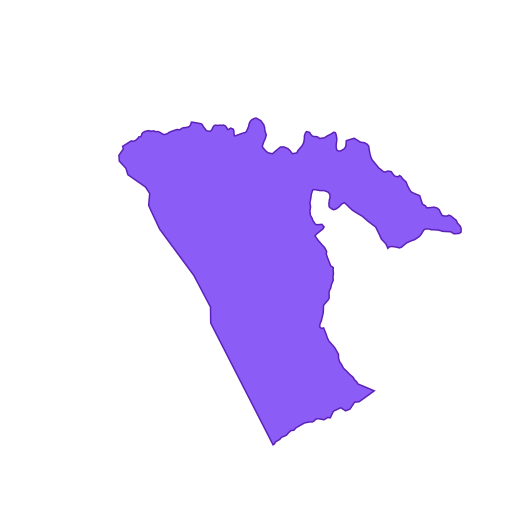 outline of San Pedro Yaneri, Oaxaca, Mexico, rotated 211°
{"feature_id": "50627088B33343665113881", "entity_name": "San Pedro Yaneri", "entity_type": "district", "adm_level": 2, "iso_a3": "MEX", "parent_name": "Mexico", "parent_adm1": "Oaxaca", "projection": "robinson", "projection_center": [-96.382, 17.426], "detail": "fine", "context": "isolated", "style": "filled", "palette": "violet", "viewbox_px": 512, "rotation_deg": 211, "n_neighbors": 0, "source": "geoboundaries", "source_scale": "gbopen_adm2", "svg_char_len": 4431}
<svg xmlns="http://www.w3.org/2000/svg" viewBox="0 0 512 512"><g transform="rotate(211 256 256)"><path d="M144.1,102.9L143.3,104.8L143.7,106.2L141.2,111.1L140.7,113.8L137.7,117.9L137.0,121.6L136.1,124.4L133.8,126.1L133.3,129.2L128.6,137.7L124.6,141.4L122.2,142.8L121.0,145.0L120.9,146.6L119.1,148.5L113.3,150.7L111.4,154.5L109.0,155.5L109.7,162.8L105.2,169.6L99.5,169.4L96.6,173.1L96.2,181.5L92.6,184.1L85.2,201.3L102.9,198.8L105.0,200.1L107.5,200.5L110.4,202.1L114.8,202.8L118.8,203.9L123.3,204.9L127.0,207.2L129.5,208.2L132.4,210.7L134.7,214.2L138.5,216.4L141.4,218.0L145.9,219.5L149.7,220.6L153.1,222.9L155.7,225.2L161.0,229.2L162.4,227.7L164.9,228.0L166.1,230.6L166.7,234.4L169.2,242.2L171.2,245.8L172.7,248.6L172.0,253.0L171.5,255.2L171.6,257.6L173.5,260.7L174.5,262.0L175.3,264.5L175.4,266.8L176.7,270.7L177.3,275.0L179.3,277.8L180.5,280.8L182.8,283.9L183.8,285.9L187.0,286.1L191.5,289.6L194.1,291.6L196.8,293.9L197.7,296.2L201.6,298.6L204.8,299.5L210.8,301.4L213.2,302.5L215.8,303.6L215.4,306.1L214.2,309.3L212.6,313.6L212.6,316.0L215.8,317.1L218.0,315.5L220.2,314.0L221.7,313.9L225.6,315.7L227.3,317.2L230.4,319.0L233.0,322.5L234.5,326.2L237.2,329.4L238.7,333.6L240.3,337.2L241.5,341.8L239.5,343.4L237.8,343.9L234.7,345.1L232.9,346.2L231.2,347.2L226.9,347.9L224.3,346.7L222.7,344.3L222.3,342.6L220.5,338.4L218.7,335.9L216.0,335.4L213.5,335.5L211.7,337.3L210.2,340.7L209.3,344.7L207.8,347.2L204.8,346.7L201.3,345.8L197.0,344.9L190.8,344.8L185.1,344.8L178.2,343.5L168.4,342.5L160.4,337.3L157.3,335.1L150.9,333.3L146.9,330.5L146.3,332.7L144.3,334.2L141.6,335.4L139.1,336.3L137.4,336.7L135.9,338.3L134.4,342.7L133.6,344.8L132.2,346.9L130.6,349.2L128.5,351.6L127.3,354.1L126.2,356.4L125.6,359.5L125.6,364.6L124.7,366.4L122.0,368.1L119.2,368.8L117.1,370.1L113.3,372.0L111.1,372.7L108.6,373.3L105.6,374.9L103.4,376.1L101.3,377.1L98.0,376.9L96.1,378.1L93.6,379.9L92.5,381.8L93.3,383.5L94.5,385.4L96.4,386.8L100.4,388.0L102.6,389.7L104.2,389.9L109.7,390.7L111.9,390.2L112.8,388.6L115.0,387.4L117.3,386.6L121.2,388.9L122.7,390.0L125.4,390.4L128.7,389.5L131.5,387.3L134.4,385.2L136.6,386.3L140.0,386.2L146.7,392.0L148.9,391.8L151.0,391.3L154.1,391.0L156.3,390.9L159.6,392.6L162.5,394.4L165.5,396.8L168.2,397.3L170.6,397.9L172.3,398.8L174.4,398.9L174.9,397.1L178.2,395.9L181.0,396.8L183.6,398.0L186.8,396.7L188.4,394.5L190.4,393.9L193.2,394.4L196.1,394.7L206.4,398.4L208.4,399.9L211.1,402.4L213.3,405.0L216.0,408.2L218.3,409.1L221.3,409.0L225.0,407.4L232.5,407.5L238.0,401.4L235.5,396.3L235.5,393.5L236.8,391.0L238.0,389.2L239.7,388.4L241.4,388.5L243.1,390.3L244.5,392.5L246.0,396.0L247.2,398.3L249.9,401.4L251.6,402.6L253.3,402.0L254.3,399.5L256.7,395.8L258.5,392.1L260.2,391.1L261.9,389.5L264.1,389.8L265.6,389.5L267.6,388.4L269.3,387.8L272.0,388.6L273.6,389.6L276.8,388.7L277.0,387.0L276.4,383.9L275.4,382.2L274.3,379.9L273.4,377.0L273.3,374.2L273.8,371.1L274.4,367.7L274.0,365.5L277.3,362.6L278.8,362.8L280.5,363.7L283.9,364.5L288.2,363.9L291.2,362.0L294.7,351.9L296.9,351.4L298.5,350.7L301.9,351.1L304.2,351.9L306.8,352.8L307.4,354.5L308.2,358.2L308.5,361.4L309.6,365.2L311.7,366.9L313.4,368.6L315.0,370.8L317.2,372.7L319.8,373.7L321.5,374.5L325.0,374.4L327.0,374.3L328.4,372.9L329.8,370.6L330.3,368.3L329.9,365.4L329.1,363.5L328.7,360.5L328.4,358.3L328.6,356.6L330.7,354.4L332.7,352.0L335.9,348.0L336.6,348.1L337.9,349.6L339.5,352.0L340.9,353.0L343.6,352.6L344.9,350.1L345.6,349.7L346.7,350.7L349.2,351.7L351.4,351.5L352.5,350.3L353.4,350.1L354.7,349.3L355.4,348.7L356.3,348.1L358.3,347.2L359.1,345.9L359.2,343.8L358.9,341.8L359.2,339.8L360.1,339.0L362.0,338.1L363.6,338.0L365.1,338.8L367.7,339.7L369.5,340.8L370.5,341.1L371.8,340.9L379.6,337.9L380.4,337.3L380.0,336.5L379.7,335.0L379.7,333.7L379.9,332.4L380.3,332.1L380.7,331.3L381.5,330.9L381.8,330.2L382.9,329.6L384.2,328.6L385.2,327.5L386.5,324.7L387.6,324.3L388.5,324.0L389.4,323.2L392.9,319.0L394.3,317.0L394.7,315.8L396.1,313.8L397.8,312.5L402.6,312.5L404.2,312.1L405.5,311.3L406.0,310.9L408.2,310.6L408.9,309.8L409.4,309.7L409.8,309.1L410.8,308.8L411.0,308.2L412.5,308.3L415.2,305.8L416.6,303.5L416.7,301.5L416.2,299.9L416.2,298.9L416.9,298.3L417.9,297.6L417.8,296.4L418.0,295.5L418.8,293.0L420.4,290.9L421.8,290.7L422.4,290.1L426.8,281.3L424.9,279.5L425.4,271.7L422.0,266.9L412.7,264.2L407.7,259.7L386.2,258.2L379.3,254.8L374.1,244.1L369.8,241.1L352.4,229.4L299.2,207.3L268.7,188.8L260.3,175.2L144.1,102.9Z" fill="#8b5cf6" stroke="#5b21b6" stroke-width="1.5"/></g></svg>